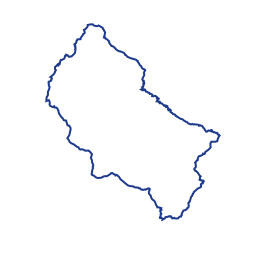 Arefu, Arges, Romania, rotated 311°
{"feature_id": "2599482B67158814098858", "entity_name": "Arefu", "entity_type": "district", "adm_level": 2, "iso_a3": "ROU", "parent_name": "Romania", "parent_adm1": "Arges", "projection": "robinson", "projection_center": [24.656, 45.456], "detail": "fine", "context": "isolated", "style": "outline", "palette": "blue", "viewbox_px": 256, "rotation_deg": 311, "n_neighbors": 0, "source": "geoboundaries", "source_scale": "gbopen_adm2", "svg_char_len": 5829}
<svg xmlns="http://www.w3.org/2000/svg" viewBox="0 0 256 256"><g transform="rotate(311 128 128)"><path d="M108.3,225.5L110.2,223.8L110.5,223.2L111.2,222.7L112.5,222.9L113.0,222.5L113.4,222.7L117.4,220.8L119.0,220.9L119.6,220.5L120.5,220.5L120.9,220.1L122.5,220.0L123.0,219.7L128.1,220.4L130.5,221.5L131.5,221.7L133.4,219.9L134.3,220.0L135.1,220.8L137.1,220.2L136.7,219.8L137.1,219.6L136.8,219.2L137.4,218.9L135.7,216.1L136.1,216.4L135.9,215.9L136.1,215.7L136.6,215.9L138.3,214.5L139.2,214.5L139.1,213.3L140.2,209.3L140.0,208.6L140.2,207.8L139.8,206.9L140.4,204.9L143.2,204.7L144.3,203.7L145.3,202.3L145.8,202.1L146.0,201.3L147.0,201.5L148.1,201.2L148.8,201.3L149.2,201.7L149.8,201.6L150.7,200.6L153.0,200.0L153.7,200.3L154.0,200.7L156.7,201.9L157.9,201.4L158.4,202.6L158.9,202.9L160.0,202.3L160.9,202.1L164.4,203.0L167.5,203.1L170.3,200.4L172.3,199.9L175.0,203.0L176.5,204.0L179.4,202.6L181.7,202.1L182.3,202.1L182.3,201.8L182.5,201.6L182.6,201.0L182.1,200.4L182.0,199.8L182.8,198.8L182.8,198.5L181.8,197.3L181.6,195.9L180.8,195.3L180.9,194.5L180.4,193.6L181.3,192.9L181.2,192.2L180.8,192.0L180.6,192.4L179.9,192.4L179.8,192.0L178.8,190.3L177.3,190.1L176.5,189.3L176.9,188.1L176.9,187.3L177.2,187.0L177.6,185.8L177.6,184.3L178.2,183.2L177.9,182.0L177.6,181.5L177.6,181.0L176.3,180.2L176.8,179.4L176.7,179.1L174.3,175.6L173.5,174.9L173.2,173.8L172.0,173.2L171.0,170.4L171.2,168.8L170.7,167.4L170.3,165.0L170.3,163.2L169.7,162.3L169.2,160.7L168.9,157.7L168.6,157.3L168.8,156.7L168.4,156.0L168.9,155.2L168.8,154.1L168.1,153.1L168.3,151.5L168.0,151.0L168.2,150.4L168.0,149.5L169.4,148.8L169.6,148.0L168.3,147.5L168.0,147.1L168.9,146.5L168.5,145.9L169.3,145.5L169.4,144.2L170.3,143.3L170.1,143.1L169.2,143.3L168.7,142.9L168.9,142.3L169.5,142.1L169.7,141.6L168.7,141.0L168.5,140.6L168.9,139.8L168.5,138.7L168.8,137.7L168.4,136.6L167.5,135.7L167.6,135.4L168.5,135.2L168.7,134.6L167.8,133.9L167.5,132.8L167.0,132.2L167.9,132.0L168.6,131.6L169.4,132.1L170.3,132.0L170.2,130.4L169.7,130.0L170.3,129.6L170.4,129.2L170.2,127.9L169.8,127.0L168.6,126.4L167.9,125.3L169.0,124.6L169.1,124.1L168.6,122.6L168.0,122.0L168.5,121.1L168.4,120.5L167.9,120.1L167.8,118.5L167.3,117.9L167.3,117.5L167.7,116.8L167.5,116.1L168.1,115.8L168.1,115.3L166.6,114.4L166.2,114.5L165.9,114.1L166.0,113.1L165.8,112.7L167.6,113.1L168.0,112.8L168.1,112.0L168.7,112.4L169.4,112.3L169.7,111.9L171.8,111.2L171.5,110.5L172.9,110.3L173.0,109.4L173.8,109.2L174.0,108.9L173.5,108.2L174.3,106.7L178.6,105.5L179.0,105.3L179.8,104.0L181.4,103.3L182.6,103.2L183.0,102.9L183.1,102.2L182.4,100.3L182.5,99.0L183.3,97.5L183.3,95.4L184.0,93.8L184.4,92.1L184.5,91.6L185.0,91.3L184.7,90.2L184.8,89.3L184.5,88.5L183.7,87.1L183.6,86.4L183.2,86.0L182.2,83.5L181.3,80.6L181.7,79.0L181.3,77.6L181.7,77.2L182.1,75.8L180.7,71.7L180.1,71.1L179.6,68.9L179.5,67.1L179.8,66.1L179.6,65.7L179.9,64.6L179.8,63.4L179.4,62.4L179.4,61.8L179.1,61.6L179.9,58.0L181.0,56.8L181.1,54.3L180.9,53.1L181.0,52.7L180.7,52.2L180.9,51.5L180.8,51.2L181.1,51.1L180.6,50.4L183.4,49.1L185.2,47.9L185.9,45.7L186.3,45.1L186.3,44.1L187.0,43.1L186.1,38.6L184.9,38.1L184.0,37.2L182.9,34.8L183.1,33.4L181.5,31.6L179.3,30.0L178.6,30.7L176.7,31.1L173.8,30.8L173.1,30.4L171.9,32.5L171.4,32.9L170.7,33.0L169.5,32.5L168.8,32.8L167.0,33.1L164.9,33.2L163.9,33.9L161.7,31.7L160.6,32.1L160.3,31.9L159.6,32.2L158.3,33.0L157.0,32.9L156.0,32.6L155.6,33.3L155.7,33.7L155.2,34.0L155.3,34.3L154.9,34.6L154.8,34.9L154.4,35.0L154.3,35.6L153.7,36.2L152.6,36.4L152.5,37.0L152.0,37.5L149.5,38.8L144.9,38.4L144.4,37.7L143.5,37.3L142.9,36.5L143.3,35.1L142.8,33.4L142.1,33.9L141.5,33.2L141.0,33.2L139.1,34.3L138.2,34.3L136.4,33.6L135.4,32.7L134.6,32.8L132.8,33.7L131.6,33.6L131.8,34.1L131.7,34.4L130.9,34.1L129.5,34.6L129.3,34.4L129.5,33.2L127.3,33.2L126.2,32.9L124.6,34.2L124.3,35.7L122.7,35.8L122.1,36.3L120.5,36.6L118.9,36.6L116.0,36.1L116.2,36.4L115.6,37.0L115.8,37.4L115.4,38.0L113.6,38.8L113.4,38.5L112.7,38.7L111.5,38.3L110.9,37.8L109.7,38.6L109.4,39.3L108.0,40.5L107.8,41.6L107.1,42.1L105.4,43.1L102.8,43.8L100.5,45.8L99.9,46.1L98.2,46.3L96.1,47.5L95.9,48.3L94.9,48.7L97.1,50.0L96.4,51.6L95.5,52.6L94.1,53.6L93.7,54.6L94.1,56.5L94.6,57.6L95.9,58.1L95.2,58.9L96.4,60.6L96.4,61.8L95.2,64.4L93.7,66.3L92.7,70.0L92.3,73.1L91.8,74.4L92.0,75.0L93.0,76.4L90.4,80.5L90.6,81.3L91.1,81.8L90.9,83.2L90.4,84.4L89.5,85.5L84.1,88.4L80.5,88.9L80.3,90.3L79.2,93.2L79.2,94.9L80.2,98.3L80.1,99.5L80.3,100.3L80.3,101.7L80.9,103.4L80.3,104.9L80.5,105.3L80.4,106.0L82.0,107.6L82.6,109.3L82.5,109.8L83.1,110.9L85.0,112.9L84.9,113.5L85.2,114.2L84.6,118.0L81.1,119.6L80.0,121.9L78.1,124.0L78.0,124.8L76.8,126.5L75.9,126.6L75.2,127.2L74.8,127.9L74.0,128.1L71.5,129.4L70.9,130.1L69.6,130.5L69.1,131.2L69.0,131.8L69.6,133.1L69.7,136.2L70.4,137.9L72.7,140.3L75.9,141.6L77.8,143.7L82.0,145.0L83.0,144.9L83.8,145.8L83.7,146.5L83.9,148.2L84.3,148.6L84.6,149.3L84.1,149.8L84.9,150.2L85.3,150.7L85.2,151.8L85.3,152.9L84.4,156.0L84.6,165.5L85.7,168.0L86.8,169.3L87.4,170.5L87.7,172.2L89.6,174.6L89.5,175.5L90.4,176.5L90.1,178.1L91.1,179.6L91.3,180.1L92.6,180.9L92.8,181.6L95.6,182.8L96.2,183.4L96.1,184.0L95.7,183.8L95.7,184.2L96.0,184.6L93.1,185.9L92.2,187.0L91.7,189.9L90.6,191.3L90.1,193.1L90.2,195.7L89.8,197.1L88.3,199.8L87.7,201.9L87.4,202.2L88.5,203.5L88.5,204.1L89.3,205.5L88.5,205.7L88.4,206.3L88.5,206.6L88.1,207.0L87.1,206.3L86.4,206.8L85.1,209.5L84.1,209.3L82.8,210.6L81.8,210.6L81.1,211.1L82.0,212.3L82.2,212.9L82.0,213.7L81.4,214.1L82.5,214.6L83.2,214.6L83.6,215.0L84.5,215.1L85.1,214.8L86.0,215.2L86.8,216.1L88.4,216.9L89.0,217.6L88.8,217.9L89.4,218.4L89.0,219.1L89.0,219.8L89.3,220.2L88.9,220.8L89.8,221.6L90.6,222.0L90.5,222.3L90.9,223.2L92.5,225.0L94.7,225.1L96.0,225.7L96.0,226.0L97.7,225.7L98.2,224.9L98.5,224.8L101.9,224.0L102.7,224.3L103.8,225.3L105.8,225.5L106.1,225.3L106.4,225.6L108.3,225.5Z" fill="none" stroke="#1e3a8a" stroke-width="2"/></g></svg>